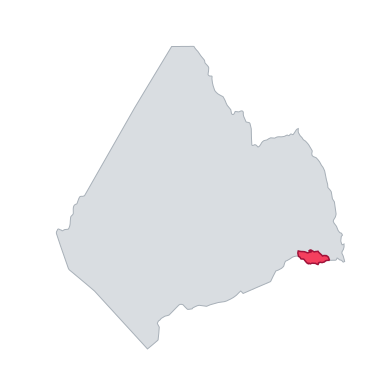 Tébessa highlighted on a map of Algeria, rotated 80°
{"feature_id": "DZA-2223", "entity_name": "Tébessa", "entity_type": "Province", "adm_level": 1, "iso_a3": "DZA", "parent_name": "Algeria", "parent_adm1": "", "projection": "albers", "projection_center": [7.688, 35.056], "detail": "fine", "context": "in_parent", "style": "filled", "palette": "rose", "viewbox_px": 384, "rotation_deg": 80, "n_neighbors": 0, "source": "natural_earth", "source_scale": "10m", "svg_char_len": 5464}
<svg xmlns="http://www.w3.org/2000/svg" viewBox="0 0 384 384"><g transform="rotate(80 192 192)"><path d="M286.9,53.7L287.2,54.6L287.3,55.3L286.1,56.1L285.3,56.5L284.4,58.5L282.6,59.9L282.3,60.4L282.3,60.7L283.5,61.3L283.9,61.9L284.1,62.7L283.6,65.6L282.9,70.6L282.9,71.7L283.4,73.0L283.8,74.0L284.0,75.1L283.8,78.0L284.4,79.6L284.8,81.1L283.8,83.0L283.3,84.6L283.1,87.0L283.0,88.5L282.3,89.9L281.4,91.2L280.4,92.0L279.1,92.7L277.7,93.6L276.5,96.1L274.0,98.1L273.5,98.8L273.2,100.5L273.3,102.8L273.7,104.6L274.9,107.2L276.0,110.2L276.3,111.7L276.7,112.2L278.2,113.2L280.9,114.5L281.4,115.0L282.7,117.0L283.9,120.7L284.3,123.1L289.0,126.7L293.5,129.9L293.9,130.4L296.5,141.4L297.4,145.3L300.8,159.3L299.5,160.1L298.0,161.2L299.1,163.0L301.3,166.1L302.6,168.6L303.1,169.7L304.2,172.8L305.0,175.8L305.3,176.7L305.6,179.1L305.4,185.4L306.2,193.5L307.1,197.5L305.9,201.2L304.8,204.7L304.9,206.5L305.6,209.2L306.2,211.2L307.1,212.2L307.0,215.6L306.7,216.9L304.2,218.7L301.5,220.4L300.8,221.8L300.6,223.3L301.0,224.5L309.1,235.8L309.4,237.0L309.6,240.2L311.1,244.2L312.6,246.0L313.1,247.3L314.2,248.2L315.2,248.9L315.8,248.9L319.4,247.7L325.6,249.3L331.5,251.0L332.0,251.3L335.6,257.4L338.8,263.1L272.6,305.2L265.1,311.4L247.3,326.4L245.9,327.0L222.4,330.8L210.2,332.6L209.6,332.7L208.9,332.7L208.4,332.6L207.4,332.2L206.2,331.2L205.4,330.7L205.2,330.0L205.7,329.1L206.4,328.3L206.6,327.6L207.1,327.1L207.6,326.7L207.7,326.1L207.3,325.2L206.9,323.8L207.1,321.4L207.1,320.3L206.0,319.3L204.0,318.2L202.1,317.5L201.2,317.3L199.1,316.8L196.2,316.0L195.1,315.5L193.4,313.2L192.5,312.6L188.1,311.9L186.6,311.5L185.4,310.9L184.5,310.1L183.9,308.8L183.8,307.8L183.5,307.3L178.8,304.6L177.6,303.7L177.0,302.9L177.0,301.7L177.3,300.4L177.1,299.1L177.0,298.5L98.8,233.6L94.8,230.1L85.7,222.2L45.2,186.8L48.7,166.1L48.9,165.1L49.2,164.7L50.8,164.1L53.2,162.8L54.1,162.1L55.3,161.5L59.3,159.7L60.2,159.2L64.1,157.0L65.0,156.8L67.0,156.8L67.8,156.4L69.1,155.5L70.8,154.5L71.9,154.0L72.2,154.0L72.8,154.0L76.1,154.8L77.4,155.3L79.0,155.8L79.5,155.7L80.0,155.4L80.8,154.6L81.0,153.6L81.2,152.7L81.4,152.3L81.7,152.2L82.4,152.3L83.3,152.6L85.3,152.8L85.9,152.8L88.2,152.9L91.4,152.7L96.0,152.0L98.3,150.7L100.1,149.2L102.0,146.9L103.5,144.9L106.3,143.9L108.5,143.3L109.8,143.1L112.7,142.3L117.7,139.5L121.5,139.5L122.1,139.2L122.7,138.7L122.8,137.7L122.2,136.9L121.5,136.4L121.0,136.0L120.5,135.8L120.2,135.3L120.5,134.4L120.7,133.6L121.1,132.8L121.2,131.6L120.8,130.4L120.7,129.5L120.8,128.7L121.2,128.1L122.0,127.7L122.9,127.7L124.2,128.0L126.4,128.0L132.3,126.6L132.7,126.0L133.2,124.6L133.8,123.4L134.4,123.1L134.7,123.0L139.3,122.7L140.3,122.7L148.7,124.0L155.9,124.9L156.6,124.6L156.7,123.7L156.3,122.0L156.7,121.0L157.8,120.1L159.2,119.2L158.7,117.8L157.8,116.8L156.5,115.6L155.8,115.1L154.6,113.7L153.9,112.2L153.7,109.1L152.9,107.3L152.3,105.1L153.3,101.2L152.6,98.8L152.6,97.8L152.7,96.6L153.2,94.5L153.3,91.6L152.4,88.4L153.1,87.5L153.3,87.0L153.3,86.5L152.4,85.4L152.0,84.6L152.3,83.9L153.0,82.9L153.0,82.4L151.5,80.9L149.0,78.6L148.3,77.6L148.0,76.3L150.6,76.9L152.0,76.9L155.2,75.8L157.8,74.1L159.8,73.3L161.6,71.4L163.3,70.3L165.5,69.0L172.1,66.5L173.0,66.6L175.0,67.4L176.9,67.4L178.2,66.4L179.7,63.9L181.8,62.5L184.5,61.1L188.1,59.9L190.5,58.7L194.2,57.7L203.3,57.5L208.0,57.1L211.2,57.4L214.5,55.4L216.1,54.8L223.1,54.9L226.4,53.5L238.7,53.9L240.2,54.5L241.7,55.3L244.2,57.5L245.4,58.0L247.1,57.6L250.9,55.7L255.2,54.8L257.6,53.6L258.6,51.9L260.6,51.3L261.7,52.7L266.1,54.0L268.9,53.7L270.1,53.3L269.6,51.3L272.5,51.8L274.7,52.8L277.0,54.7L278.5,55.0L281.3,54.2L286.9,53.7Z" fill="#d9dde1" stroke="#a8b0b8" stroke-width="1"/><path d="M281.1,91.6L279.8,92.3L279.2,92.7L278.1,93.2L277.6,93.6L277.3,94.1L276.9,96.0L276.7,96.3L276.6,96.5L276.3,96.6L275.5,96.7L275.0,97.0L274.6,97.3L274.3,97.8L273.8,98.3L271.0,98.4L270.3,98.3L269.4,98.0L268.5,97.6L269.4,95.4L269.7,94.3L270.0,92.8L270.1,92.3L270.4,91.6L270.4,91.4L270.5,91.3L270.6,91.2L270.9,90.5L271.4,89.8L271.7,89.4L272.0,88.7L272.0,88.3L272.0,88.1L272.0,87.9L271.8,87.3L271.8,87.2L271.8,86.3L271.8,86.1L271.7,85.8L271.7,85.7L271.6,85.1L271.6,84.9L271.4,84.8L271.2,84.8L270.9,84.7L270.7,84.8L270.6,85.0L270.4,85.2L270.3,85.3L270.2,85.4L270.2,85.5L270.1,85.8L270.2,86.0L270.3,86.1L270.3,86.3L270.3,86.5L270.4,86.8L270.3,87.0L270.2,87.0L270.1,86.9L270.0,86.6L269.9,86.3L269.9,86.2L269.7,85.9L269.7,85.6L269.7,85.4L269.7,85.2L269.8,85.0L270.2,84.3L270.6,84.0L271.1,83.3L271.9,82.5L272.0,82.2L272.2,81.9L272.2,81.4L272.2,81.2L272.1,80.9L272.1,80.6L272.1,80.4L272.2,80.1L272.2,79.8L272.2,79.6L272.2,79.4L272.3,78.8L272.3,78.6L272.2,78.4L272.2,78.2L272.4,78.1L273.6,77.6L273.9,77.3L276.9,75.0L277.1,74.9L277.3,74.8L277.5,74.8L277.7,74.6L277.7,74.4L277.7,74.1L277.5,73.4L277.4,73.1L277.5,72.7L278.0,71.5L278.0,71.4L278.0,71.2L277.9,71.1L278.0,71.0L278.0,70.8L278.3,70.5L278.4,70.2L278.5,70.1L279.1,69.7L279.3,69.6L279.4,69.4L279.5,69.2L279.8,69.0L280.2,68.9L280.7,68.9L281.1,68.8L281.3,68.7L281.8,68.7L282.1,68.6L282.3,68.5L282.6,68.8L283.1,69.0L282.9,70.0L282.8,71.3L282.9,71.9L283.0,72.5L283.7,73.5L283.9,74.0L283.9,74.5L284.1,75.8L284.1,76.3L283.6,77.4L283.5,78.0L283.5,78.5L283.5,79.2L283.8,79.7L284.3,80.0L284.9,80.1L285.3,80.5L285.2,80.8L284.4,82.0L283.8,82.7L283.6,83.2L283.4,84.4L283.1,85.3L283.0,85.9L283.0,86.5L283.3,88.0L283.2,88.3L282.7,88.9L282.5,89.1L282.5,89.4L282.9,89.9L282.8,90.1L282.3,90.4L282.2,90.5L282.1,90.8L282.0,91.0L281.7,91.2L281.1,91.6Z" fill="#f43f5e" stroke="#9f1239" stroke-width="1.5"/></g></svg>